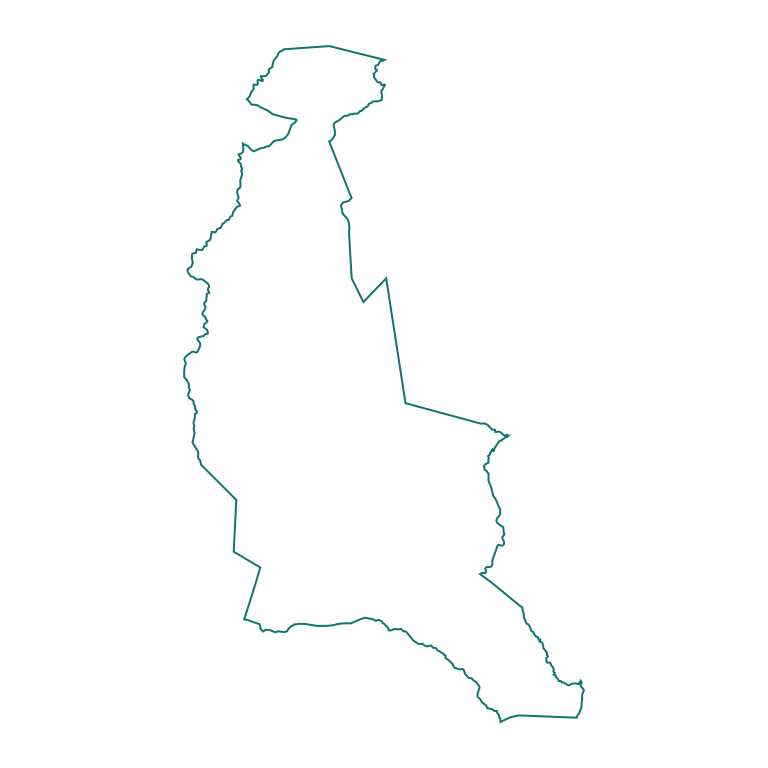 Intibuca, Intibucá, Honduras (Mercator projection)
{"feature_id": "27666195B5918981797779", "entity_name": "Intibuca", "entity_type": "district", "adm_level": 2, "iso_a3": "HND", "parent_name": "Honduras", "parent_adm1": "Intibucá", "projection": "mercator", "projection_center": [-88.141, 14.453], "detail": "fine", "context": "isolated", "style": "outline", "palette": "teal", "viewbox_px": 768, "rotation_deg": 0, "n_neighbors": 0, "source": "geoboundaries", "source_scale": "gbopen_adm2", "svg_char_len": 6075}
<svg xmlns="http://www.w3.org/2000/svg" viewBox="0 0 768 768"><path d="M246.9,99.4L248.5,100.6L251.6,104.7L255.0,104.7L257.8,105.4L260.2,107.1L267.5,110.4L272.9,114.3L286.5,117.9L295.8,119.4L296.4,119.7L296.5,120.5L294.9,122.5L291.5,125.0L288.4,133.7L285.2,137.8L282.1,139.5L274.0,141.0L269.1,146.3L266.9,146.3L264.3,147.6L260.7,148.3L253.7,151.3L251.0,149.6L247.5,145.7L243.7,144.3L242.9,143.6L243.3,148.2L243.1,151.8L241.6,153.3L238.7,154.3L238.8,155.5L240.6,157.2L240.9,158.4L240.4,159.3L238.2,159.9L238.0,160.4L238.6,161.8L240.6,163.6L241.2,166.9L242.2,168.4L241.9,170.1L241.1,170.7L242.2,174.4L240.2,180.4L240.5,184.6L240.3,186.9L240.0,187.7L237.7,189.5L237.1,191.6L237.4,193.7L238.6,197.4L237.2,200.4L237.2,201.2L239.4,203.7L240.1,205.7L236.6,207.1L232.9,212.5L232.4,215.8L230.3,216.7L229.1,219.5L228.4,219.9L227.0,220.0L223.9,223.1L222.6,223.9L220.5,228.0L217.5,228.8L215.4,232.4L211.8,231.8L210.3,239.7L206.3,242.2L206.8,245.1L206.6,246.0L204.4,246.4L202.3,249.8L199.8,249.9L196.7,249.3L196.3,250.2L196.1,252.7L193.0,253.6L192.0,254.3L191.9,258.6L192.8,262.9L191.4,266.5L189.0,268.1L187.5,269.8L187.9,272.2L190.6,276.2L193.5,276.9L195.0,278.4L196.5,279.4L198.7,279.5L200.9,279.1L203.1,279.8L208.2,284.0L208.9,285.6L208.9,287.0L207.8,289.7L209.2,292.8L206.6,294.2L206.8,295.4L206.2,300.6L204.0,303.5L204.5,305.2L205.5,306.6L205.4,308.4L204.4,310.4L202.8,312.3L202.4,313.7L202.8,315.1L205.4,317.2L206.1,319.5L207.4,321.0L207.1,321.8L204.3,324.0L203.6,326.7L204.1,327.6L207.1,329.9L208.0,333.0L207.5,333.8L205.4,334.1L203.3,336.1L199.0,337.0L197.6,337.8L197.5,339.8L199.9,342.8L200.4,345.2L198.5,349.8L197.1,352.2L196.0,352.6L193.4,351.6L192.2,351.7L187.0,355.4L184.9,357.8L184.3,359.5L185.9,363.3L184.7,366.6L184.2,371.2L184.2,376.7L184.7,377.9L186.4,379.4L188.5,383.3L188.9,384.7L188.8,387.5L189.8,389.7L189.7,390.8L188.3,393.6L188.4,396.3L189.2,398.0L192.2,399.8L193.6,401.3L193.7,404.0L195.2,406.4L195.0,408.5L197.1,411.8L196.5,413.1L194.9,413.9L194.8,418.5L193.6,421.8L193.6,423.7L194.3,426.0L193.6,428.6L194.6,432.8L192.5,442.5L197.9,451.4L198.3,453.9L198.0,456.9L198.3,458.2L200.1,460.4L201.1,464.8L236.3,500.0L233.7,551.7L260.2,567.4L255.9,582.4L244.2,619.4L247.4,619.8L251.9,621.6L259.3,624.1L260.2,625.8L260.5,628.8L263.1,631.5L265.4,629.9L266.5,629.8L270.1,630.2L275.4,632.3L277.8,631.3L283.9,632.0L286.0,631.7L287.3,631.0L288.5,628.6L291.6,625.9L293.1,625.6L294.1,624.4L296.6,624.3L298.4,623.9L304.7,623.9L317.0,625.9L328.0,625.8L333.2,625.2L337.4,624.1L343.4,623.3L350.9,623.3L361.7,618.7L365.2,617.7L373.9,619.6L375.7,620.8L378.2,620.0L379.6,620.2L381.5,621.2L382.7,623.2L383.7,623.5L388.0,627.7L388.4,629.8L388.9,630.4L390.6,630.5L394.8,628.9L398.6,629.4L400.9,628.8L403.5,631.4L405.4,631.3L406.1,631.6L413.3,640.5L418.9,644.1L422.6,643.8L424.0,645.1L426.5,646.4L431.2,645.5L432.8,647.6L436.1,648.2L437.5,650.4L442.8,653.3L444.4,655.0L445.4,655.4L445.6,658.2L448.3,659.9L452.5,663.8L454.3,667.7L459.8,669.4L462.2,669.0L463.3,669.4L463.9,670.3L464.9,673.5L468.1,677.4L468.9,678.0L471.6,678.3L473.1,680.1L476.3,682.2L479.4,686.4L479.5,687.7L477.7,693.1L477.5,696.8L480.0,698.9L482.3,702.7L486.0,705.2L487.2,708.0L492.2,709.3L494.3,710.9L496.7,711.0L497.2,712.9L499.0,715.3L499.2,717.4L500.4,719.1L500.5,721.9L510.1,717.3L518.8,715.4L576.7,717.7L577.4,715.4L579.4,713.0L579.8,711.1L581.5,707.4L581.6,702.9L582.2,699.9L582.1,694.8L583.8,690.7L583.4,689.1L581.3,686.9L580.7,685.6L580.6,683.8L581.2,683.6L581.7,682.8L581.4,681.5L580.7,680.8L580.6,681.6L579.5,682.3L579.1,683.5L578.3,684.3L576.2,683.4L572.2,683.6L568.9,685.4L567.4,685.0L563.8,682.5L561.8,682.4L560.7,680.9L558.8,681.0L557.7,678.6L555.9,677.1L555.8,675.5L553.8,674.5L554.9,673.0L553.4,671.7L553.7,669.3L552.6,666.8L551.2,665.3L550.5,663.2L549.9,662.6L547.4,662.7L546.7,662.3L546.2,658.2L548.0,656.3L547.0,655.0L547.0,652.7L543.4,648.2L543.1,645.2L542.3,642.9L541.6,642.3L539.5,641.7L540.2,639.6L538.6,639.5L537.9,637.1L536.3,636.6L535.0,635.6L533.3,632.2L531.4,631.1L530.2,627.6L528.6,624.7L528.2,624.2L527.0,623.9L526.3,623.0L523.7,617.0L523.9,613.7L522.8,611.0L522.0,606.9L520.3,606.2L491.2,582.3L480.0,574.1L482.5,572.8L485.5,573.0L486.0,571.0L485.3,568.8L485.4,568.2L486.6,567.1L490.8,566.8L491.6,566.1L492.5,564.1L492.2,561.8L492.5,559.7L497.7,545.4L498.5,544.9L501.7,545.6L502.9,545.4L503.8,544.6L504.1,543.1L504.0,541.7L502.7,539.3L502.2,537.3L504.4,534.4L503.7,531.8L503.3,527.5L502.9,526.9L500.6,525.6L497.0,522.6L496.4,520.4L497.1,518.4L500.1,514.4L500.3,509.7L498.2,505.6L497.2,502.5L495.4,498.8L493.3,495.9L491.1,487.0L488.5,480.9L488.6,473.9L486.5,471.0L484.5,469.6L484.4,467.7L483.8,466.2L485.8,464.0L488.5,462.6L488.3,460.0L488.9,457.7L488.0,456.1L490.0,454.4L490.0,453.0L491.3,451.5L492.2,449.6L492.4,449.4L493.3,451.1L493.7,451.0L494.8,447.7L499.2,441.3L500.2,440.6L501.4,440.7L502.3,439.5L505.5,437.4L507.2,436.8L508.5,435.7L507.6,435.7L506.9,434.7L505.2,435.7L504.5,435.7L500.8,432.4L499.2,431.6L495.2,431.9L494.8,429.8L492.2,429.7L488.3,425.6L486.0,423.9L482.9,423.4L481.1,423.7L405.5,403.2L386.2,278.3L363.4,302.0L351.7,278.5L349.1,234.7L349.3,226.7L348.8,222.9L348.2,220.3L347.2,218.7L343.2,214.3L342.3,212.3L342.0,209.7L340.9,205.9L342.9,202.5L348.4,201.1L351.6,198.2L329.2,141.5L330.7,140.6L332.3,139.1L334.9,134.9L334.9,131.3L333.7,125.3L334.0,123.8L334.8,122.6L338.5,120.7L344.4,115.9L347.6,115.6L350.4,114.1L352.5,114.4L353.9,113.7L357.5,113.7L360.1,111.1L361.7,110.8L364.4,108.0L367.4,106.6L368.9,103.9L371.6,102.8L372.9,101.4L377.6,101.3L381.6,100.0L382.1,97.5L381.3,90.7L382.6,89.3L384.9,85.0L384.1,84.5L382.8,85.0L381.5,84.9L380.3,82.2L378.2,82.4L377.3,81.8L374.0,77.3L374.2,75.8L373.7,73.9L376.9,70.5L376.7,69.6L375.7,69.5L375.3,68.9L375.2,67.3L375.6,65.8L378.2,64.8L378.8,63.3L380.3,61.2L383.1,60.7L384.5,59.9L329.3,46.1L283.6,49.3L282.9,50.4L280.3,51.3L279.0,52.7L278.2,53.7L277.2,56.2L273.9,60.3L272.7,63.9L272.4,66.9L268.7,69.4L268.9,72.8L265.7,76.1L260.8,76.3L260.9,77.4L262.8,79.8L262.8,80.8L262.2,81.0L258.2,79.8L257.6,80.8L257.8,83.6L257.4,84.8L253.5,84.6L253.6,89.0L251.3,92.2L249.5,96.6L246.9,99.4Z" fill="none" stroke="#0f766e" stroke-width="2"/></svg>